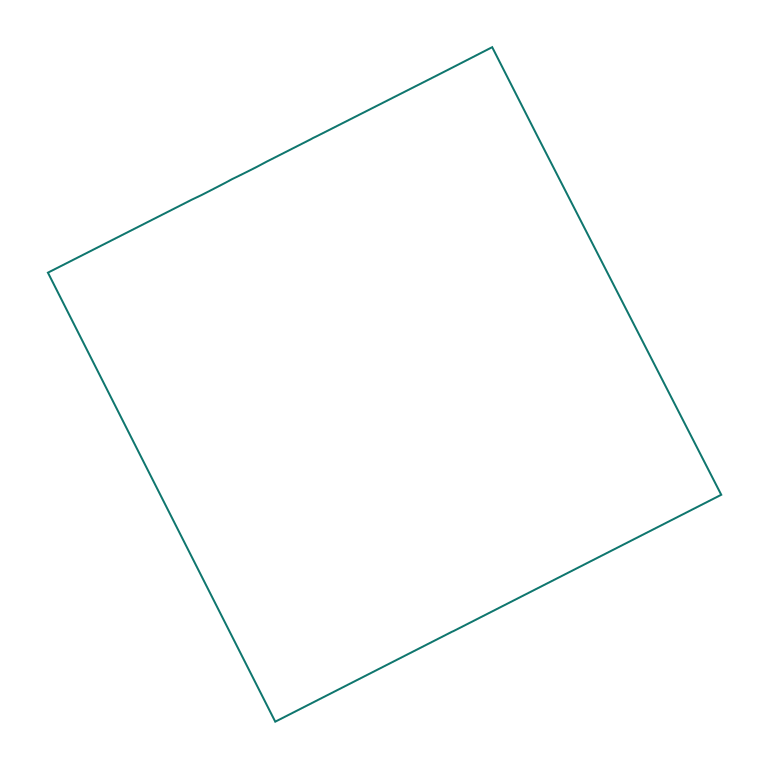 outline of Marshall, Kansas, United States of America, rotated 333°
{"feature_id": "52423323B90330569397627", "entity_name": "Marshall", "entity_type": "district", "adm_level": 2, "iso_a3": "USA", "parent_name": "United States of America", "parent_adm1": "Kansas", "projection": "equal_earth", "projection_center": [-96.532, 39.784], "detail": "fine", "context": "isolated", "style": "outline", "palette": "teal", "viewbox_px": 768, "rotation_deg": 333, "n_neighbors": 0, "source": "geoboundaries", "source_scale": "gbopen_adm2", "svg_char_len": 454}
<svg xmlns="http://www.w3.org/2000/svg" viewBox="0 0 768 768"><g transform="rotate(333 384 384)"><path d="M133.8,635.5L332.3,635.6L333.2,635.7L634.2,635.8L633.2,232.8L633.3,133.0L578.9,133.1L575.8,133.1L436.0,132.7L435.9,132.7L432.5,132.6L430.4,132.7L380.1,132.6L369.7,132.8L353.1,132.7L341.7,132.5L332.9,132.7L332.1,132.7L311.8,132.8L307.0,132.8L296.4,132.5L135.1,132.2L134.5,333.2L133.8,635.5Z" fill="none" stroke="#0f766e" stroke-width="2"/></g></svg>